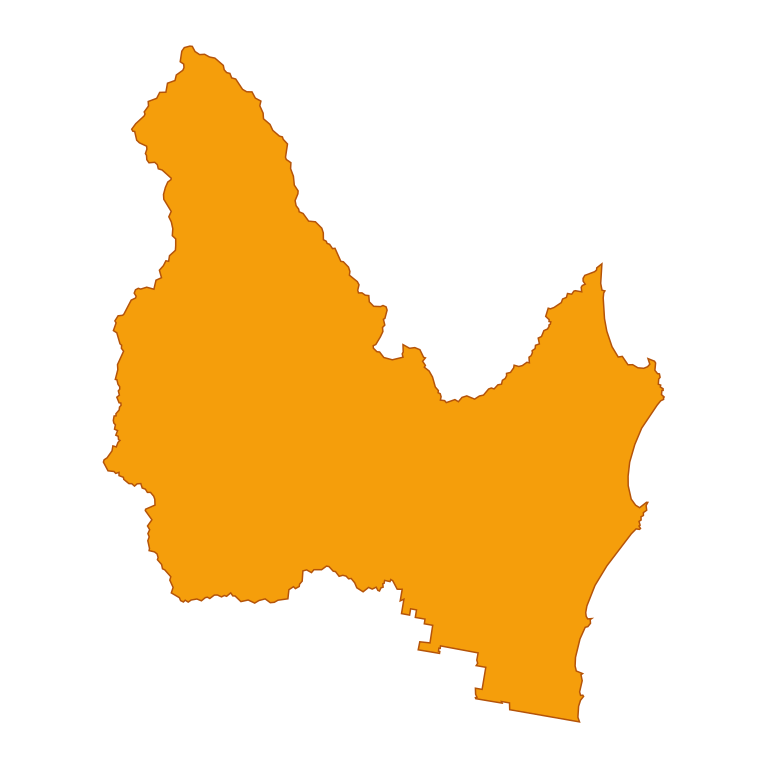 the district of Kempsey, New South Wales, Australia
{"feature_id": "25037944B28322742618410", "entity_name": "Kempsey", "entity_type": "district", "adm_level": 2, "iso_a3": "AUS", "parent_name": "Australia", "parent_adm1": "New South Wales", "projection": "natural_earth1", "projection_center": [152.697, -30.906], "detail": "fine", "context": "isolated", "style": "filled", "palette": "amber", "viewbox_px": 768, "rotation_deg": 0, "n_neighbors": 0, "source": "geoboundaries", "source_scale": "gbopen_adm2", "svg_char_len": 6103}
<svg xmlns="http://www.w3.org/2000/svg" viewBox="0 0 768 768"><path d="M121.1,405.3L119.5,407.1L119.2,409.9L115.9,413.8L116.1,415.8L114.1,416.0L113.3,420.4L113.8,423.0L115.4,424.8L114.5,429.2L117.6,430.6L115.8,435.2L118.2,436.3L118.5,439.5L120.0,440.4L118.0,442.4L116.3,446.9L112.9,445.9L112.0,450.9L107.1,457.8L104.1,459.8L103.4,462.1L108.0,470.8L114.0,471.5L115.7,473.4L119.0,472.4L119.0,475.6L123.4,477.3L123.8,479.4L128.9,483.6L131.8,483.7L134.5,486.1L137.2,483.8L140.8,483.6L142.2,488.0L145.4,489.2L147.4,492.4L150.5,492.4L153.7,496.2L154.8,499.3L155.0,505.1L145.6,509.2L145.3,510.6L151.9,519.8L147.5,526.0L149.7,529.7L147.9,533.6L149.2,536.9L147.8,540.7L149.5,548.4L149.1,550.6L154.5,551.9L157.1,554.0L158.1,557.6L157.4,559.7L161.6,564.5L162.5,568.8L164.7,569.8L170.8,576.7L169.8,580.1L173.1,587.4L171.3,592.9L179.4,597.7L180.6,600.6L183.4,602.0L185.2,600.2L188.2,602.1L191.2,600.0L196.9,599.0L201.4,600.8L205.4,597.6L207.4,597.2L209.8,598.5L214.3,595.1L217.4,595.0L221.5,596.9L224.3,595.5L226.6,596.3L230.7,592.9L232.8,595.9L235.1,596.0L240.9,601.6L248.2,600.0L254.7,603.1L259.0,600.5L265.2,598.9L270.3,602.7L274.3,602.3L278.0,600.2L287.9,598.8L288.9,589.7L293.5,586.7L295.4,588.6L299.2,586.5L299.6,584.1L302.2,581.1L302.9,570.9L306.6,569.9L311.5,572.6L313.9,569.7L321.6,569.7L326.5,566.1L329.0,566.6L333.2,571.2L335.5,571.6L339.1,576.3L342.8,575.3L346.1,576.1L348.6,578.8L351.2,578.5L354.7,582.8L356.8,587.8L363.1,591.8L368.6,587.4L372.2,589.1L376.2,587.2L377.9,590.4L379.5,591.0L381.0,587.8L383.1,587.2L382.8,583.8L384.1,583.3L384.6,580.4L390.0,581.6L390.8,579.5L392.8,580.8L397.2,589.2L402.2,589.3L400.2,600.9L403.9,599.2L401.5,613.6L409.6,615.1L410.6,608.8L416.5,609.9L415.3,617.4L425.0,619.1L424.3,623.8L432.7,625.3L430.0,642.9L419.8,641.8L418.2,649.8L439.5,653.4L439.8,651.5L438.5,651.2L438.9,648.2L440.2,648.4L440.5,645.9L478.1,652.9L476.8,660.1L477.7,663.3L476.2,665.6L485.8,667.3L482.1,689.4L475.4,688.2L475.6,694.3L477.0,697.2L475.4,697.7L475.8,698.7L501.4,703.0L502.1,703.1L501.4,701.5L509.5,702.9L509.7,709.7L579.5,721.9L577.9,717.2L578.6,706.3L580.5,700.3L583.6,696.4L582.8,695.2L580.6,695.4L579.6,691.9L582.2,680.7L581.0,674.7L582.6,673.6L576.3,671.0L575.1,666.0L575.5,657.3L580.0,638.9L585.2,627.3L587.9,626.6L590.5,623.3L590.2,619.6L591.6,618.6L587.7,618.9L586.2,616.4L585.7,612.6L586.9,605.9L595.0,585.4L606.9,565.8L631.3,533.8L636.1,528.9L639.4,529.4L640.5,528.5L639.0,526.0L640.1,525.2L639.0,521.4L641.1,520.0L641.0,516.8L643.4,515.5L643.4,512.6L646.7,510.2L646.1,505.5L647.8,502.4L646.5,502.3L639.6,507.7L635.6,505.2L631.2,499.1L628.2,485.7L628.1,476.2L629.7,462.1L634.8,444.5L641.7,428.1L657.1,405.2L660.7,400.8L663.6,399.4L663.5,397.0L664.6,397.4L661.5,394.6L661.9,390.5L663.1,390.4L663.1,388.7L660.3,387.0L660.7,385.1L658.3,384.2L658.7,379.1L660.1,377.3L659.4,373.9L657.5,373.6L654.9,370.3L655.6,363.0L654.5,361.2L648.0,358.6L649.8,364.2L647.6,366.7L643.8,368.3L637.9,367.8L632.7,364.7L628.0,364.8L622.3,356.4L618.2,357.0L612.0,346.7L606.8,331.2L604.5,318.7L603.2,298.0L603.7,292.9L604.9,290.9L602.0,290.2L600.7,283.4L601.9,263.8L596.8,267.8L596.5,270.1L594.6,271.7L584.8,275.4L583.1,278.3L583.1,281.1L585.2,284.2L582.3,285.5L581.2,287.3L581.7,291.8L575.4,290.7L573.9,291.1L571.7,294.2L567.5,293.5L566.4,297.4L562.6,299.0L561.3,302.6L554.0,307.5L550.5,308.8L548.2,308.2L545.7,316.4L549.2,319.7L549.0,321.5L550.8,321.8L550.3,324.2L548.9,325.1L549.2,326.2L547.5,329.0L543.9,330.6L541.5,336.5L538.2,338.1L539.4,343.9L535.5,345.3L535.1,348.6L532.1,350.7L532.4,352.8L531.1,355.7L529.0,357.2L529.4,362.8L526.9,362.3L522.3,365.6L518.8,366.5L514.1,365.2L513.7,367.8L510.5,372.4L506.5,373.4L506.6,375.8L505.2,378.5L502.4,380.3L501.5,384.2L497.9,384.8L494.1,388.9L491.3,388.0L488.6,389.0L483.5,395.1L479.4,396.0L474.6,399.1L466.8,395.9L462.0,397.4L458.4,401.7L454.9,399.6L446.3,402.6L444.6,400.6L440.4,400.1L441.1,396.7L440.2,393.7L438.1,392.7L438.4,390.6L435.3,387.0L432.5,377.0L429.1,371.0L424.3,367.2L425.4,365.4L422.6,361.3L425.4,357.9L423.6,357.3L419.9,349.7L414.8,347.6L409.6,348.3L403.0,344.6L403.2,352.0L402.2,353.9L403.0,357.2L392.3,359.8L383.8,357.5L379.6,352.0L376.9,351.7L373.4,348.2L373.2,345.7L375.8,344.5L380.4,336.8L382.9,331.5L382.5,327.5L384.8,325.1L383.4,319.3L384.9,318.4L387.1,310.1L386.1,306.9L383.0,305.5L380.6,306.6L373.7,306.3L369.3,301.8L368.8,295.6L365.3,295.2L362.0,292.9L358.5,292.9L357.7,290.3L359.0,284.8L357.3,281.6L349.4,275.2L349.9,271.4L348.5,267.1L343.4,261.8L340.8,261.3L335.0,248.3L332.5,248.6L329.6,244.3L327.1,243.4L326.2,241.2L323.4,239.7L323.3,232.9L321.8,228.2L315.4,221.8L308.6,221.1L303.1,213.5L299.2,211.8L298.6,209.0L296.1,205.7L295.1,200.6L297.9,193.8L298.1,190.9L294.3,185.1L293.4,176.2L290.6,168.7L290.9,162.7L286.3,159.5L285.5,157.3L287.5,144.0L283.2,139.3L282.4,136.9L279.4,136.1L272.8,130.4L270.0,124.4L263.5,118.8L263.1,113.1L259.8,105.8L260.9,101.1L255.3,98.1L252.0,91.9L246.7,91.8L242.5,89.3L235.7,79.0L231.7,77.9L229.9,73.4L226.7,72.6L224.2,69.8L223.3,65.4L214.9,58.1L209.5,57.0L204.6,54.3L199.6,54.6L195.0,51.5L192.3,46.4L189.9,46.1L184.3,47.6L181.8,51.2L180.2,61.7L183.7,64.1L184.0,67.6L182.8,70.3L176.3,75.0L175.0,80.5L167.5,83.2L165.9,92.2L159.7,92.4L156.7,98.3L148.2,101.5L148.5,106.0L144.2,111.9L145.0,114.0L144.2,115.9L135.8,123.6L131.7,129.2L132.8,131.2L134.7,131.5L136.7,140.2L139.4,142.8L146.6,146.2L146.9,149.1L145.4,153.6L146.5,155.4L146.8,159.7L149.0,162.8L154.7,162.3L157.3,164.6L158.3,168.8L162.1,170.0L171.2,178.2L171.0,179.6L167.8,182.0L165.4,187.4L163.5,194.5L163.8,199.3L171.2,211.4L168.8,216.8L171.3,221.9L172.8,228.7L172.3,235.7L175.7,238.9L175.7,245.8L175.4,250.3L169.5,255.7L168.6,261.3L165.9,260.8L163.4,265.7L159.4,270.2L161.5,277.7L156.0,280.2L153.9,289.2L146.7,287.2L140.7,289.1L138.3,288.3L135.5,289.8L134.2,293.1L136.1,296.2L135.6,298.0L131.2,300.1L123.9,314.1L122.6,315.3L118.1,315.8L114.9,320.9L116.1,322.9L113.4,330.6L116.8,332.8L120.0,343.8L121.6,345.2L121.4,348.3L123.6,351.2L117.5,364.6L117.8,369.7L115.3,379.4L116.9,379.7L118.0,384.3L119.7,386.7L119.7,389.2L118.3,390.9L119.4,395.1L116.8,397.2L119.1,402.8L120.8,403.0L121.1,405.3Z" fill="#f59e0b" stroke="#b45309" stroke-width="1.5"/></svg>